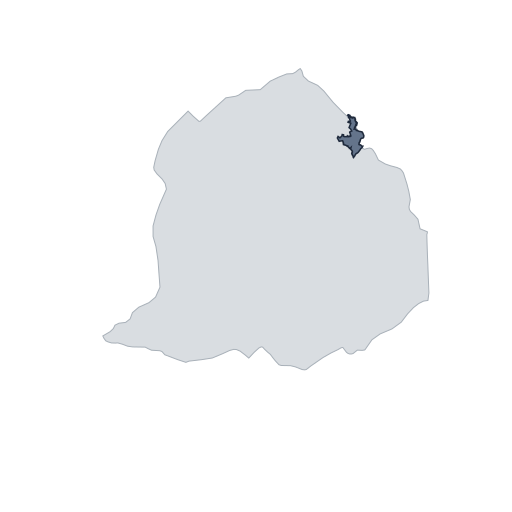 Mutasa, Manicaland, Zimbabwe (highlighted), rotated 316°
{"feature_id": "62879985B28116741742257", "entity_name": "Mutasa", "entity_type": "district", "adm_level": 2, "iso_a3": "ZWE", "parent_name": "Zimbabwe", "parent_adm1": "Manicaland", "projection": "orthographic", "projection_center": [32.773, -18.58], "detail": "fine", "context": "in_parent", "style": "filled", "palette": "slate", "viewbox_px": 512, "rotation_deg": 316, "n_neighbors": 0, "source": "geoboundaries", "source_scale": "gbopen_adm2", "svg_char_len": 6380}
<svg xmlns="http://www.w3.org/2000/svg" viewBox="0 0 512 512"><g transform="rotate(316 256 256)"><path d="M348.8,407.4L345.1,404.8L339.9,403.2L333.4,402.5L324.9,402.9L314.5,404.5L303.2,402.9L291.2,398.3L281.2,396.8L269.4,399.1L268.9,399.1L266.8,397.6L263.5,394.1L258.1,393.6L256.6,392.8L255.3,391.5L254.5,389.9L254.2,388.1L254.9,382.3L254.4,381.6L252.9,381.0L250.0,380.3L242.7,377.9L233.7,375.6L219.1,373.2L213.4,372.6L212.0,371.8L210.3,369.7L207.3,363.1L204.6,358.8L198.1,352.3L197.0,350.2L197.1,344.8L197.5,340.5L198.0,336.8L197.6,333.4L197.4,329.1L197.5,326.2L196.6,325.0L194.3,324.2L187.8,324.0L179.9,324.4L179.5,320.1L178.5,313.4L176.9,309.6L175.0,307.6L171.3,305.6L163.9,303.0L153.7,299.0L144.9,292.8L134.8,285.1L131.7,283.8L127.8,276.4L121.8,263.7L122.0,259.4L121.0,257.3L115.4,251.2L114.1,247.9L113.0,244.6L104.1,235.7L101.0,231.7L98.6,226.6L96.2,222.5L94.3,220.9L91.7,218.2L89.9,215.0L89.0,212.6L89.5,209.4L90.3,207.1L98.5,209.1L103.0,209.1L106.5,207.8L110.8,209.2L116.1,213.2L121.8,213.8L127.8,210.9L136.1,211.4L146.6,215.2L155.2,215.8L165.3,211.7L174.1,201.1L182.4,191.2L190.6,179.7L195.5,170.5L202.8,162.9L212.6,157.0L222.6,152.0L238.0,145.7L241.0,140.8L241.9,135.5L241.8,128.2L242.5,123.4L244.0,121.2L246.6,119.4L249.9,117.2L260.0,111.4L268.6,107.7L279.0,105.1L290.4,104.9L301.5,104.7L307.8,104.6L307.9,111.7L308.5,119.6L309.7,120.4L318.0,120.5L331.3,120.9L344.2,121.3L352.4,127.0L355.2,128.2L363.7,129.7L374.6,139.3L387.7,140.1L396.6,143.1L404.6,146.4L409.1,150.3L412.1,151.2L416.0,151.5L418.0,151.9L417.5,154.8L414.9,159.6L415.2,166.5L418.9,176.1L419.4,184.4L418.2,199.1L418.3,213.4L418.6,218.5L419.2,221.9L420.0,223.7L419.8,225.8L417.7,231.8L415.9,238.1L415.9,240.6L415.2,242.4L413.9,243.9L408.3,246.9L407.3,248.7L407.4,251.9L408.1,254.6L410.2,255.6L412.7,257.2L413.7,259.2L413.7,261.4L412.9,265.4L410.7,272.0L412.9,279.6L415.4,284.5L418.9,290.3L420.3,293.8L420.2,296.3L419.7,298.8L414.5,309.2L410.8,315.7L406.2,322.6L400.2,326.9L398.7,329.0L398.1,331.4L398.3,336.6L398.0,342.1L392.9,350.4L396.1,357.6L395.4,358.3L393.7,359.3L386.3,367.4L378.9,375.6L373.5,381.7L367.4,388.5L360.5,396.2L354.7,402.7L348.8,407.4Z" fill="#d9dde1" stroke="#a8b0b8" stroke-width="1"/><path d="M398.3,243.9L398.7,243.9L398.8,243.9L399.8,243.9L399.5,244.1L398.3,244.8L398.3,245.4L398.3,245.6L398.3,245.9L398.2,246.0L398.3,246.3L398.1,246.7L398.1,246.8L398.2,247.0L398.2,247.3L398.0,247.5L397.9,247.7L397.9,247.8L397.6,247.9L397.4,248.0L397.2,248.1L397.1,248.4L396.9,248.3L396.4,248.5L396.1,248.7L396.1,249.1L395.8,249.3L395.7,249.5L395.8,249.8L395.7,249.9L395.5,250.1L395.5,250.7L395.4,250.7L395.4,250.8L395.2,251.4L395.0,251.8L395.0,252.1L394.8,252.2L394.8,252.3L394.7,252.7L394.6,252.8L394.4,252.9L394.4,253.0L394.5,253.0L395.4,252.7L396.7,252.6L397.4,252.2L398.9,252.0L399.0,251.9L399.7,252.0L400.2,252.3L401.4,252.4L404.3,252.0L405.7,251.6L407.0,251.6L407.5,251.7L407.9,251.6L408.0,251.5L408.5,251.4L409.1,251.2L408.9,251.0L408.8,250.9L408.5,250.3L408.5,250.1L408.4,250.1L408.4,249.8L408.4,249.5L408.5,249.4L408.4,249.1L408.4,248.9L408.4,248.7L408.2,248.5L408.1,248.4L408.0,248.1L407.9,248.1L407.7,247.9L407.5,247.4L407.7,247.0L407.9,246.9L408.0,246.8L408.3,246.6L408.5,246.5L408.9,246.4L408.9,246.2L409.0,246.2L409.3,246.0L409.5,246.1L409.8,246.1L410.0,246.0L410.3,245.7L410.7,245.4L410.8,245.4L410.9,245.5L411.1,245.4L411.3,245.3L411.5,245.1L411.8,245.0L412.1,244.7L412.9,244.6L413.2,244.5L413.5,244.5L415.0,245.5L415.7,245.4L416.2,245.2L416.4,244.9L416.7,244.8L417.1,244.4L417.2,244.1L417.3,244.1L417.4,243.8L417.5,243.6L417.6,243.4L417.8,242.7L418.1,242.2L418.1,241.4L418.4,241.3L418.5,240.4L417.3,238.6L417.1,238.4L416.7,237.7L416.5,237.3L416.3,237.1L416.2,236.6L416.3,236.2L415.7,235.8L415.7,235.6L415.4,235.4L415.9,234.1L414.8,232.9L415.2,232.8L415.4,232.6L415.5,232.6L415.8,232.6L415.8,232.3L416.1,232.2L416.3,232.0L416.5,232.1L416.5,232.3L416.7,232.2L416.9,232.3L417.0,232.2L417.4,232.0L417.4,231.8L417.5,231.8L417.8,231.7L418.0,231.7L418.4,231.4L418.4,231.2L418.7,231.1L418.9,230.9L419.1,230.9L419.3,230.8L419.2,231.0L419.3,231.6L419.3,231.8L419.5,231.7L420.1,231.3L420.3,231.2L421.2,230.6L421.3,230.5L421.4,230.3L421.3,229.9L421.4,229.6L421.3,229.2L421.4,228.9L421.1,228.8L420.9,228.8L420.9,228.7L421.1,228.1L421.4,227.8L421.4,227.6L421.5,227.2L421.7,226.9L421.8,226.8L422.0,226.6L422.2,226.8L422.3,226.9L422.6,226.7L422.6,226.4L422.6,226.1L422.9,225.8L422.8,225.6L422.9,225.3L423.0,225.2L422.9,225.1L422.7,224.9L422.4,224.6L422.4,224.4L422.4,224.2L422.5,224.2L422.4,224.1L422.5,224.0L422.5,223.9L422.4,223.9L422.1,223.9L422.0,224.1L422.0,223.9L421.9,223.9L421.7,223.8L421.6,224.0L421.6,223.8L421.4,223.5L421.4,223.4L421.2,223.5L421.2,223.4L421.1,223.1L420.9,223.1L420.8,222.9L420.8,222.7L421.0,222.6L420.9,222.5L420.8,222.4L420.7,222.3L420.6,222.2L420.9,222.1L421.0,222.1L420.9,222.0L420.9,221.9L420.7,221.8L420.8,221.7L420.8,221.3L420.9,221.2L421.1,220.9L421.0,220.7L420.9,220.7L420.8,220.4L421.0,220.3L421.0,220.1L421.1,219.9L420.9,219.8L420.9,219.6L420.9,219.3L420.9,219.2L420.8,218.9L420.7,218.7L420.5,218.4L419.7,218.4L419.7,220.2L419.2,220.1L418.6,220.8L418.6,221.0L419.0,221.2L419.1,221.5L419.0,222.1L418.2,223.0L418.0,223.4L417.7,224.5L416.9,224.7L416.0,223.3L415.1,223.7L415.5,224.6L415.8,224.9L415.9,225.4L416.2,225.8L416.2,226.0L416.4,226.4L412.1,228.3L412.3,230.2L411.9,231.9L411.8,232.0L411.7,232.6L410.2,232.1L409.5,231.9L409.3,232.1L408.6,233.8L407.6,235.6L407.2,235.5L407.2,234.9L406.5,235.3L405.6,234.3L405.3,234.3L405.2,233.1L404.9,233.3L405.0,233.4L404.9,233.4L404.7,233.4L404.6,233.6L403.6,232.6L402.9,232.0L402.7,231.8L402.1,230.8L403.2,229.6L402.4,228.5L401.2,229.3L398.8,229.3L398.5,229.3L398.1,227.0L396.5,227.6L395.5,231.3L396.8,232.1L398.3,233.2L398.2,233.4L398.2,233.5L398.3,233.7L398.3,233.8L398.1,233.9L398.0,234.0L397.9,234.5L397.8,234.9L397.6,234.9L397.6,235.1L397.4,235.2L397.3,235.3L397.1,235.5L397.0,235.8L397.1,236.0L396.9,236.2L396.8,236.3L396.7,236.2L396.6,236.4L396.3,236.6L396.4,236.8L396.5,237.1L396.7,237.3L396.8,237.6L397.0,237.8L397.1,238.1L397.4,238.4L397.5,238.5L397.5,238.8L397.6,239.1L397.7,239.3L397.9,239.6L398.0,239.8L397.9,239.8L397.9,240.1L398.0,240.3L397.9,240.4L398.0,240.5L398.1,240.8L398.2,241.0L398.3,241.0L398.2,241.2L398.2,241.3L398.1,241.5L398.1,242.1L398.1,242.3L398.2,242.6L398.3,242.9L398.3,243.0L398.2,243.1L398.2,243.4L398.0,243.6L398.3,243.9Z" fill="#64748b" stroke="#1e293b" stroke-width="1.5"/></g></svg>